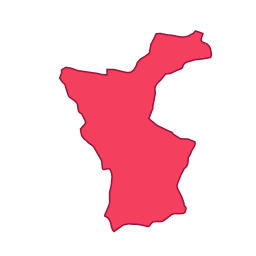 an SVG outline of Parwan, rotated 277°
{"feature_id": "AFG-1772", "entity_name": "Parwan", "entity_type": "Province", "adm_level": 1, "iso_a3": "AFG", "parent_name": "Afghanistan", "parent_adm1": "", "projection": "orthographic", "projection_center": [68.914, 35.004], "detail": "fine", "context": "isolated", "style": "filled", "palette": "rose", "viewbox_px": 256, "rotation_deg": 277, "n_neighbors": 0, "source": "natural_earth", "source_scale": "10m", "svg_char_len": 2260}
<svg xmlns="http://www.w3.org/2000/svg" viewBox="0 0 256 256"><g transform="rotate(277 128 128)"><path d="M150.5,150.2L139.9,147.5L139.4,148.1L133.9,157.0L129.7,169.6L129.2,172.0L127.3,173.7L123.7,181.5L124.3,189.1L122.4,196.1L120.5,196.6L118.2,196.2L113.7,194.2L108.7,192.7L106.5,191.6L105.4,191.5L100.9,191.7L99.0,191.5L96.9,190.7L94.3,188.7L93.6,188.2L92.9,188.0L90.4,187.3L88.3,186.3L77.6,183.6L76.1,183.7L74.0,184.5L65.4,190.2L60.9,192.4L58.4,193.1L57.6,193.6L56.4,194.9L55.7,195.3L54.6,195.4L51.9,195.0L51.0,194.7L50.4,193.9L49.9,193.1L49.0,187.9L48.8,185.2L48.4,183.8L47.6,182.1L40.1,174.4L39.5,173.0L38.9,171.0L38.7,167.4L37.7,164.1L36.0,162.7L33.3,161.1L32.9,160.5L32.6,159.6L33.3,154.2L33.6,148.9L33.1,144.9L33.0,140.3L31.2,135.1L23.6,126.8L24.7,125.3L27.8,123.7L31.9,122.3L34.0,121.0L35.7,119.7L36.6,118.6L37.1,117.7L37.3,116.9L37.4,116.2L37.8,115.7L38.8,115.6L49.5,118.7L51.6,118.9L61.3,117.6L70.2,118.4L77.7,118.1L80.7,117.4L84.7,115.3L85.3,113.3L85.1,112.7L84.9,111.8L84.1,110.2L83.9,109.2L83.8,108.7L84.2,108.0L85.1,107.5L91.8,106.0L93.8,104.8L104.6,96.6L104.9,96.4L106.0,95.2L108.2,91.1L110.6,87.9L112.0,85.5L113.4,84.1L114.7,83.1L115.6,82.6L121.2,80.9L127.3,85.2L128.7,85.0L129.9,84.7L136.4,80.3L137.4,78.1L138.1,77.4L139.3,76.6L145.5,74.8L146.5,74.2L147.4,73.2L148.8,71.2L151.3,66.5L152.4,65.3L154.0,64.3L161.3,61.0L162.3,60.7L163.2,60.1L164.4,59.0L165.8,57.1L169.2,54.1L174.4,55.4L176.3,55.2L177.3,54.9L178.2,55.6L180.6,59.0L180.5,63.5L178.8,71.5L178.4,91.5L177.9,94.7L178.1,100.8L183.6,100.0L184.3,106.9L183.2,116.7L182.9,120.2L183.5,123.6L185.8,126.3L189.6,128.3L193.7,129.2L196.0,130.5L197.9,131.9L200.7,135.6L204.9,140.1L213.7,140.5L220.1,142.9L225.0,144.5L225.8,148.6L225.2,156.0L225.4,159.7L224.8,168.5L225.0,171.7L225.5,174.0L226.5,176.3L227.2,177.6L228.2,178.6L229.1,180.2L230.0,181.3L230.8,182.0L232.4,182.9L232.4,184.2L232.1,185.3L230.9,190.9L225.8,189.8L224.0,189.9L222.7,190.7L222.0,192.7L221.6,194.6L220.9,196.4L219.1,198.6L217.1,200.0L211.2,201.9L208.1,201.4L205.8,194.1L203.9,186.0L200.2,177.5L197.6,175.3L194.6,174.7L193.1,173.3L192.1,171.1L187.3,163.3L186.1,158.6L179.9,154.9L178.2,153.4L175.6,151.4L173.1,150.3L170.2,149.8L165.9,150.9L152.6,150.0L150.5,150.2Z" fill="#f43f5e" stroke="#9f1239" stroke-width="1.5"/></g></svg>